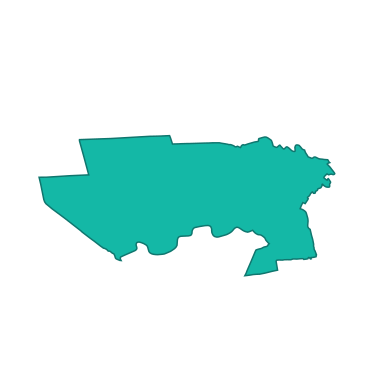 Thu Thua, Long An, Vietnam, rotated 300°
{"feature_id": "81297802B60662496728573", "entity_name": "Thu Thua", "entity_type": "district", "adm_level": 2, "iso_a3": "VNM", "parent_name": "Vietnam", "parent_adm1": "Long An", "projection": "equal_earth", "projection_center": [106.358, 10.661], "detail": "fine", "context": "isolated", "style": "filled", "palette": "teal", "viewbox_px": 384, "rotation_deg": 300, "n_neighbors": 0, "source": "geoboundaries", "source_scale": "gbopen_adm2", "svg_char_len": 6085}
<svg xmlns="http://www.w3.org/2000/svg" viewBox="0 0 384 384"><g transform="rotate(300 192 192)"><path d="M181.1,68.4L180.1,68.9L167.8,81.4L155.2,94.0L145.3,78.5L132.2,58.8L128.3,52.2L123.2,57.0L111.4,67.4L109.8,69.3L108.8,71.4L108.3,74.5L107.5,79.0L105.7,94.4L102.8,115.2L102.4,116.7L101.0,127.3L100.5,132.0L99.4,140.0L99.2,142.3L99.1,143.0L99.1,143.4L99.5,144.7L99.5,145.4L99.6,146.4L99.5,147.2L99.0,148.6L99.0,148.9L99.1,149.3L99.5,150.1L99.6,150.5L99.6,151.2L99.3,152.8L99.2,153.5L99.2,153.8L99.3,154.6L99.3,155.3L99.1,155.7L98.3,156.8L97.6,157.6L96.7,158.5L96.3,159.3L96.2,159.9L96.3,161.0L96.5,162.5L96.7,163.8L97.2,164.9L97.9,163.8L98.8,163.0L99.1,162.8L99.3,162.8L99.9,162.7L101.2,163.5L103.3,165.0L112.1,171.5L113.3,172.3L113.8,172.4L114.6,172.6L115.0,172.6L115.7,172.4L116.6,171.7L117.6,170.6L118.6,169.8L119.4,169.6L120.2,169.5L120.6,169.5L121.2,170.0L121.9,170.7L122.4,171.7L122.9,173.9L123.2,176.0L123.2,178.6L123.0,179.5L122.9,180.0L122.5,180.6L121.9,181.4L120.1,183.2L119.0,184.4L118.5,185.4L118.3,186.2L118.3,187.5L118.4,188.4L118.9,190.1L119.6,191.7L120.5,193.5L123.3,197.5L124.6,199.1L126.8,200.8L128.7,202.2L129.9,203.1L131.7,204.0L134.2,205.2L136.1,205.7L138.2,205.7L138.9,205.4L143.5,203.2L144.9,202.9L146.0,202.9L146.2,203.0L147.1,203.5L148.1,204.5L148.9,205.7L152.1,210.7L153.4,212.2L154.0,212.6L154.8,212.8L155.6,212.7L156.5,212.5L157.4,212.0L158.4,211.6L159.7,211.4L160.5,211.4L161.3,211.6L162.0,211.8L162.5,212.1L165.8,215.7L169.3,220.0L169.9,220.9L170.9,222.4L171.3,223.4L171.5,224.4L171.4,225.1L171.3,225.6L170.8,226.3L170.3,227.0L169.1,228.0L168.4,228.3L166.7,229.6L165.4,231.4L164.9,232.5L164.8,233.5L164.8,234.1L165.3,235.8L166.0,237.0L166.8,237.9L168.9,239.9L171.9,242.8L172.9,243.6L174.1,244.4L175.6,245.3L177.4,246.1L179.0,246.5L180.8,246.8L182.0,247.1L183.3,247.9L183.9,248.4L184.2,249.1L184.4,249.9L184.5,251.2L184.2,255.0L184.2,256.4L184.4,258.0L184.8,259.4L185.1,260.3L186.2,261.4L189.2,263.7L188.6,265.2L188.3,266.4L188.0,267.5L188.0,268.1L188.0,270.0L188.2,270.6L188.4,271.3L189.0,272.4L189.1,272.9L189.2,273.9L189.1,275.4L188.8,277.3L188.6,277.9L188.5,278.3L187.9,279.1L187.3,279.9L186.9,280.9L186.3,282.7L185.8,284.7L185.1,284.3L184.5,284.3L183.6,284.4L182.9,284.3L182.6,284.1L181.7,283.4L180.9,282.5L180.2,281.8L179.3,281.2L178.1,280.5L177.3,279.8L175.7,278.1L174.4,276.9L173.7,276.4L172.3,276.5L161.2,277.9L150.9,279.1L148.7,279.5L145.9,279.6L147.6,281.9L149.7,284.6L151.0,286.1L153.0,289.0L154.2,290.9L154.7,291.7L158.2,295.7L163.6,301.3L167.1,305.2L172.2,301.0L174.0,299.5L174.6,299.4L175.0,299.4L175.5,299.7L176.6,301.3L178.1,304.1L178.5,304.7L179.4,305.7L181.0,308.3L182.5,311.0L182.8,311.5L184.1,312.6L184.5,313.0L185.8,315.3L186.3,316.3L188.6,319.5L189.8,321.5L189.5,322.5L191.1,324.6L192.0,325.6L192.3,325.8L192.6,325.7L193.0,325.6L193.4,325.6L193.6,325.7L193.8,326.0L193.8,326.6L193.4,327.6L193.3,327.9L193.3,328.2L193.4,328.4L193.7,328.6L194.0,327.9L194.2,327.7L194.4,327.7L194.7,327.8L195.0,328.2L195.7,329.3L196.8,330.6L198.0,331.8L199.2,331.3L199.9,330.8L200.6,330.2L200.6,330.3L201.1,329.7L202.4,328.1L203.0,327.1L203.6,326.3L204.8,325.5L205.2,325.1L205.7,324.5L206.3,324.1L207.0,323.8L207.9,323.2L211.4,320.1L214.2,317.2L218.7,313.0L218.8,311.7L219.0,311.1L219.4,310.2L220.0,309.5L220.9,308.9L224.7,307.1L225.8,306.4L227.1,305.4L228.4,304.1L230.7,301.7L231.4,300.8L231.8,299.8L232.0,298.3L232.1,297.0L232.0,295.8L231.6,294.0L234.5,293.5L237.6,293.3L238.3,293.3L238.5,295.8L243.1,296.1L244.3,296.0L244.5,295.3L244.7,295.0L245.0,294.8L245.4,294.8L247.0,295.4L248.0,295.6L249.9,295.5L251.1,295.8L251.7,295.9L252.0,296.1L252.3,296.4L252.1,296.8L251.6,297.8L251.7,298.0L252.0,298.6L252.4,299.0L252.8,299.2L253.1,299.2L253.9,298.7L254.5,298.8L254.8,299.0L255.6,299.5L256.3,299.7L256.7,299.7L257.2,299.5L257.7,299.5L258.2,299.8L259.2,300.8L260.1,301.4L260.9,301.5L261.8,301.5L262.8,301.4L263.4,300.9L263.8,300.9L264.0,301.1L264.0,301.6L263.7,302.1L263.5,303.1L263.4,304.3L263.4,305.2L263.7,306.4L264.3,307.6L264.9,308.4L265.4,308.5L266.0,308.3L267.0,307.6L267.3,307.4L268.0,307.2L269.1,307.3L269.6,307.2L270.1,306.8L271.5,304.0L271.7,303.3L271.3,303.1L269.8,303.1L269.8,301.8L270.2,299.3L270.4,299.0L270.8,298.9L271.3,298.9L272.6,299.1L274.3,299.6L275.2,299.9L275.2,300.4L275.2,301.7L275.3,301.9L276.5,302.9L276.9,303.4L277.2,303.8L277.4,304.8L277.6,305.5L277.9,306.0L278.6,306.4L279.2,306.5L279.5,306.2L279.8,305.6L280.5,304.1L281.7,301.1L282.5,299.3L283.0,297.5L283.5,295.9L283.8,295.1L284.6,295.3L285.3,295.7L286.3,296.6L286.5,295.7L287.4,294.2L287.8,293.4L286.2,290.1L285.6,288.5L284.5,286.1L284.2,284.9L284.0,281.8L283.9,281.3L283.7,280.9L283.3,280.3L282.4,279.8L281.7,279.6L281.4,279.3L281.2,279.0L281.0,278.5L280.7,276.3L280.6,275.9L280.5,275.3L280.5,275.0L281.5,273.3L282.7,270.9L283.8,269.4L284.6,268.6L284.3,266.7L284.4,265.7L285.4,263.2L285.7,262.1L285.9,261.5L285.8,260.8L285.5,259.9L285.0,259.0L284.6,258.7L284.2,258.5L283.3,258.5L281.9,258.9L280.5,259.9L279.2,260.8L278.5,260.6L278.2,260.2L277.8,259.2L277.7,258.6L277.7,257.6L278.3,254.9L278.6,253.5L278.6,252.8L278.6,251.7L278.4,251.4L278.0,251.1L277.2,250.8L275.8,250.5L275.4,250.2L275.1,249.9L275.1,249.6L275.1,249.0L275.8,246.8L276.0,246.0L276.4,245.2L276.5,244.7L276.2,244.3L273.6,243.4L273.3,243.2L273.0,242.9L272.8,242.7L272.7,242.3L272.5,240.7L272.4,239.6L272.5,239.2L274.5,237.2L275.3,236.3L276.3,235.0L276.5,234.3L276.8,230.6L276.7,229.4L276.6,228.7L276.0,227.5L274.6,226.0L271.8,223.3L271.2,223.2L270.5,223.5L269.6,224.0L269.4,224.0L268.8,223.9L266.5,221.1L261.5,216.3L259.7,214.8L258.9,213.9L258.5,212.6L257.8,212.1L257.0,211.7L256.1,211.7L255.3,211.8L254.7,211.7L254.6,210.9L254.4,208.7L254.2,208.3L253.6,208.0L253.0,207.3L252.8,206.9L252.7,206.5L252.8,205.8L252.9,205.5L252.8,204.4L252.6,202.9L252.4,202.1L252.1,201.2L251.5,200.4L251.2,199.1L250.2,196.3L249.0,193.2L248.3,191.1L244.8,185.1L242.8,182.0L241.0,179.0L235.3,169.8L232.4,165.1L231.6,163.7L228.4,158.5L226.9,156.2L225.2,153.4L223.8,151.1L228.2,146.2L229.6,144.4L224.6,136.6L221.9,132.2L219.0,127.4L206.0,107.6L198.0,95.4L181.1,68.4Z" fill="#14b8a6" stroke="#0f766e" stroke-width="1.5"/></g></svg>